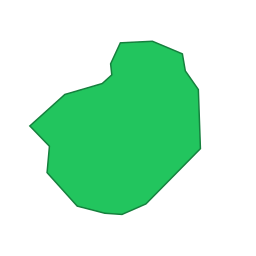 outline of Peqin, Elbasan, Albania, rotated 138°
{"feature_id": "67620474B93113119561724", "entity_name": "Peqin", "entity_type": "district", "adm_level": 2, "iso_a3": "ALB", "parent_name": "Albania", "parent_adm1": "Elbasan", "projection": "robinson", "projection_center": [19.782, 41.055], "detail": "fine", "context": "isolated", "style": "filled", "palette": "green", "viewbox_px": 256, "rotation_deg": 138, "n_neighbors": 0, "source": "geoboundaries", "source_scale": "gbopen_adm2", "svg_char_len": 374}
<svg xmlns="http://www.w3.org/2000/svg" viewBox="0 0 256 256"><g transform="rotate(138 128 128)"><path d="M88.0,64.2L50.0,109.5L47.2,132.1L38.0,146.7L51.8,176.1L76.7,196.4L98.0,187.3L104.5,178.3L117.4,178.3L152.5,195.2L199.6,195.2L198.6,167.0L218.0,149.0L218.0,103.9L202.3,80.2L190.3,67.8L165.5,59.6L88.0,64.2Z" fill="#22c55e" stroke="#15803d" stroke-width="1.5"/></g></svg>